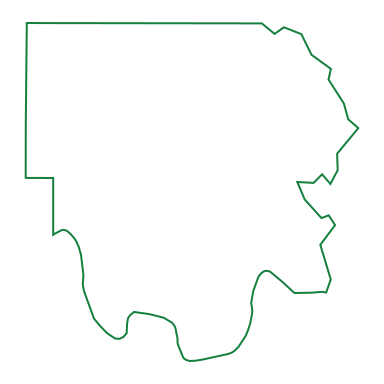 Marshall, Oklahoma, United States of America (Natural Earth projection)
{"feature_id": "52423323B10683524910186", "entity_name": "Marshall", "entity_type": "district", "adm_level": 2, "iso_a3": "USA", "parent_name": "United States of America", "parent_adm1": "Oklahoma", "projection": "natural_earth1", "projection_center": [-96.746, 33.999], "detail": "fine", "context": "isolated", "style": "outline", "palette": "green", "viewbox_px": 384, "rotation_deg": 0, "n_neighbors": 0, "source": "geoboundaries", "source_scale": "gbopen_adm2", "svg_char_len": 1164}
<svg xmlns="http://www.w3.org/2000/svg" viewBox="0 0 384 384"><path d="M54.2,23.1L26.8,23.0L25.8,121.6L25.7,177.9L53.2,178.0L53.2,234.8L55.2,233.5L61.5,230.2L63.2,229.8L65.9,230.4L67.8,231.5L71.7,235.2L74.8,239.0L76.5,241.8L78.7,246.8L81.0,254.9L83.4,274.7L82.8,284.7L84.0,291.1L94.0,318.6L100.1,325.9L107.0,333.1L115.2,338.6L119.5,338.8L123.2,337.1L126.6,333.3L127.2,322.9L128.0,318.3L129.9,315.4L134.0,312.0L149.3,314.1L163.9,317.8L172.4,323.0L174.7,326.3L175.5,328.4L177.4,337.9L177.7,343.9L182.5,355.9L183.5,358.0L186.0,359.9L189.7,361.0L195.6,360.7L201.9,359.7L228.4,353.9L231.8,352.6L234.7,350.7L238.6,346.7L245.5,336.2L247.5,331.6L250.2,323.6L252.2,312.9L252.3,310.3L251.2,302.9L253.2,291.3L257.7,278.7L259.1,275.7L261.4,273.1L264.1,271.2L266.3,270.8L269.8,271.4L282.3,281.8L293.3,292.0L294.7,293.0L311.1,292.7L322.6,291.8L326.1,292.6L330.8,279.5L320.3,244.8L335.1,225.1L328.6,215.3L321.5,218.1L304.7,199.5L297.3,182.0L313.6,182.9L322.1,174.3L330.4,183.9L337.7,170.2L337.1,153.7L358.3,128.1L348.2,119.3L343.9,103.5L328.5,79.5L330.9,68.9L311.5,54.8L301.3,34.1L283.9,27.3L274.6,33.9L261.8,23.4L54.2,23.1Z" fill="none" stroke="#15803d" stroke-width="2"/></svg>